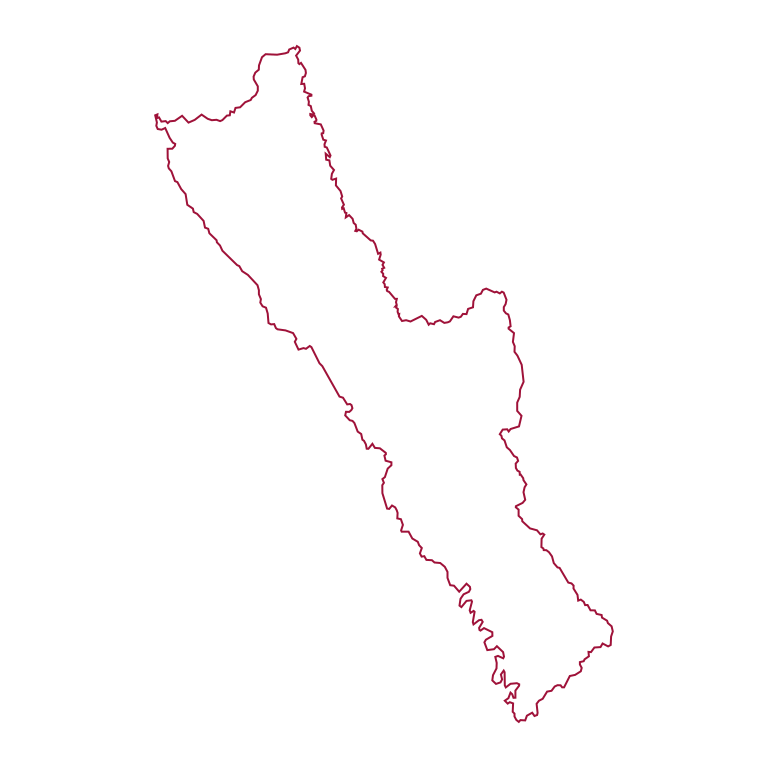 Tha Song Yang, Tak, Thailand
{"feature_id": "78962969B58793256407954", "entity_name": "Tha Song Yang", "entity_type": "district", "adm_level": 2, "iso_a3": "THA", "parent_name": "Thailand", "parent_adm1": "Tak", "projection": "equal_earth", "projection_center": [98.144, 17.467], "detail": "fine", "context": "isolated", "style": "outline", "palette": "rose", "viewbox_px": 768, "rotation_deg": 0, "n_neighbors": 0, "source": "geoboundaries", "source_scale": "gbopen_adm2", "svg_char_len": 6090}
<svg xmlns="http://www.w3.org/2000/svg" viewBox="0 0 768 768"><path d="M568.3,582.6L559.6,567.9L557.5,567.4L553.8,563.1L552.0,556.4L549.0,552.2L546.4,550.2L543.7,550.1L543.4,548.5L541.4,547.1L541.6,538.7L544.3,534.6L542.7,533.5L540.4,534.3L537.0,530.3L530.0,528.4L522.3,521.3L522.1,519.1L518.6,515.8L518.6,509.6L515.8,507.3L515.9,506.2L522.6,502.9L525.2,499.8L523.5,492.2L524.6,487.3L526.4,484.4L523.5,480.2L523.2,478.2L520.6,474.5L519.8,474.7L519.6,471.8L517.4,470.6L515.9,468.0L515.7,463.6L518.1,460.9L517.0,457.5L514.0,456.0L509.9,450.0L506.8,447.3L504.5,440.4L502.0,438.4L501.4,435.7L499.8,434.2L502.7,429.6L507.2,429.3L508.7,431.5L510.6,429.0L519.0,426.4L521.5,415.8L517.2,410.9L517.2,402.6L519.7,396.9L520.1,389.7L523.6,381.8L521.7,364.8L517.4,355.6L514.5,351.8L514.7,346.2L512.9,341.9L514.0,333.1L508.6,328.7L508.6,327.5L510.6,326.3L509.9,320.2L508.3,314.5L505.9,313.3L503.8,310.6L503.8,307.1L505.6,304.1L506.5,299.8L503.7,292.6L501.9,291.7L499.8,293.4L496.5,291.7L494.7,292.4L486.2,288.6L482.9,289.9L480.9,293.7L476.3,295.3L473.4,301.2L473.0,307.3L468.1,308.9L466.5,314.1L462.9,313.9L460.8,316.8L458.6,317.6L453.4,316.3L449.9,321.4L447.8,322.3L444.3,322.9L440.0,320.2L435.1,322.0L434.0,324.2L430.2,323.3L428.7,324.7L426.2,319.8L421.8,315.9L410.5,321.5L406.1,320.2L402.0,321.0L398.9,316.4L399.2,314.0L398.5,314.2L397.6,311.8L397.9,309.0L396.2,307.7L396.5,306.4L395.3,306.5L396.7,304.8L396.0,302.2L396.8,298.9L395.0,298.9L389.1,291.9L387.2,291.1L386.7,289.9L387.7,287.5L384.9,287.0L384.7,284.2L383.3,282.4L386.0,277.9L383.1,276.1L383.2,273.7L381.4,271.8L382.6,270.3L382.1,268.8L384.2,267.8L382.5,264.9L383.9,262.4L379.1,259.6L380.7,254.6L380.4,252.6L378.1,253.8L375.1,244.0L373.0,240.7L370.7,240.4L362.8,233.4L362.4,231.6L358.6,229.7L356.8,231.3L355.3,230.9L356.4,228.8L355.7,224.7L353.7,223.0L352.6,218.8L349.1,215.1L345.8,217.4L346.4,213.0L345.0,212.6L343.7,208.3L342.2,208.9L342.0,207.5L343.9,204.7L341.1,198.4L342.2,196.5L340.5,191.0L335.9,185.4L336.1,178.6L332.4,179.8L331.2,178.9L331.9,173.8L334.0,170.0L330.2,165.7L329.4,160.4L326.2,159.7L325.7,153.7L329.8,157.1L330.5,155.5L326.8,147.5L324.7,146.8L324.5,144.2L326.0,140.5L323.3,139.7L321.6,134.5L321.7,133.4L323.2,133.2L323.6,130.6L320.8,124.4L314.7,123.2L314.5,121.8L316.3,120.8L316.4,119.6L314.5,115.3L313.7,115.0L311.8,117.1L310.3,115.3L310.3,114.0L312.8,114.5L314.0,113.4L311.8,110.8L310.8,106.1L308.5,104.9L308.9,101.8L307.6,97.5L308.6,96.2L311.4,95.7L311.4,94.7L304.1,91.6L305.0,88.3L304.2,83.8L301.3,84.0L302.6,77.2L304.9,76.3L305.9,73.0L305.5,69.9L301.0,62.9L299.4,64.1L298.4,63.2L298.2,59.6L296.1,55.6L300.0,50.6L299.4,47.7L296.9,46.1L295.3,49.0L293.6,47.6L289.2,49.5L288.1,52.3L285.3,53.3L277.1,54.7L265.6,54.2L262.0,57.2L259.0,65.4L258.8,69.7L255.3,72.6L253.6,76.6L253.8,79.5L257.8,86.3L257.8,90.7L255.6,95.1L251.9,97.8L250.7,100.0L245.2,102.2L240.1,107.3L235.5,107.9L234.0,112.5L230.4,111.3L229.8,115.3L226.9,115.6L222.4,120.1L220.1,121.1L216.5,119.8L211.8,120.2L207.7,118.8L201.6,114.6L194.7,119.9L188.5,122.6L182.1,115.8L174.9,120.8L169.8,121.3L167.7,123.1L165.7,121.1L161.4,121.6L159.0,117.4L157.0,118.1L157.4,114.4L155.2,115.3L156.9,122.5L156.3,125.8L157.7,129.0L161.6,129.7L165.2,128.0L169.6,137.8L172.8,142.6L175.2,143.9L174.9,145.8L172.3,148.7L167.6,148.8L167.7,158.4L169.2,162.0L168.1,165.9L168.8,168.4L171.4,171.3L175.0,181.1L177.4,182.1L181.2,189.1L185.6,194.1L187.3,204.8L192.9,208.6L193.7,212.1L197.2,213.9L203.6,220.9L205.0,227.6L208.2,228.8L209.4,233.3L216.6,240.3L216.9,242.3L220.0,245.5L222.4,250.7L237.1,265.1L239.3,266.1L242.2,271.2L247.9,274.9L257.5,285.2L258.9,290.2L258.9,294.3L260.9,299.1L260.3,302.6L262.6,306.3L266.0,307.7L267.7,313.5L268.5,323.0L271.0,324.4L274.2,324.1L275.9,328.1L277.5,329.3L285.5,330.4L293.1,333.1L296.4,338.9L294.8,341.8L298.5,349.6L303.5,348.1L306.0,348.8L309.7,346.0L311.4,347.1L319.5,363.3L322.3,366.1L339.5,396.6L343.0,397.7L347.2,404.4L350.0,404.0L351.5,405.1L352.4,408.2L351.3,410.1L349.3,411.9L346.0,411.8L345.2,415.4L349.7,420.2L352.5,420.9L354.4,423.0L357.7,431.6L361.2,434.0L362.4,439.7L364.0,440.8L365.9,444.4L366.7,448.7L368.4,448.8L372.4,443.8L374.9,447.9L379.9,448.3L385.8,452.9L385.9,454.2L384.4,455.6L385.6,460.7L391.4,462.3L391.4,465.2L387.7,468.6L384.9,477.1L382.4,479.1L383.9,482.8L382.3,485.2L382.4,493.2L387.1,508.6L389.2,508.9L392.0,505.5L395.2,507.4L396.7,510.2L397.6,512.9L397.3,518.4L400.9,519.2L402.9,524.9L401.1,530.4L401.7,531.7L408.6,531.7L412.3,538.5L417.8,541.8L419.1,545.2L421.8,548.0L419.9,553.4L421.6,556.6L424.3,556.2L426.4,559.9L431.9,560.2L434.5,562.5L440.2,563.0L444.8,566.8L447.5,571.9L447.5,577.9L450.2,585.2L454.0,585.7L459.2,591.7L466.5,583.7L469.9,586.8L470.3,589.1L468.9,591.8L463.6,594.3L460.5,598.8L459.5,605.6L461.4,607.1L466.5,600.9L471.4,600.3L472.0,601.6L469.7,610.3L470.6,612.8L473.6,610.9L474.6,611.8L472.8,622.1L473.5,624.4L479.0,620.2L481.5,619.8L482.7,621.9L479.1,627.9L479.5,630.0L480.5,630.6L484.0,628.1L492.3,632.2L492.4,635.9L485.9,639.7L484.4,642.3L487.3,650.1L494.0,649.2L496.9,646.2L503.1,652.1L504.0,656.7L503.2,658.3L498.0,655.9L495.3,656.9L496.7,662.9L496.5,668.4L493.0,675.2L492.3,680.4L496.0,683.9L500.5,682.4L502.1,679.4L500.9,674.5L503.7,670.6L504.6,672.2L504.8,685.4L505.8,687.4L510.5,683.8L516.9,683.2L519.2,684.3L519.1,685.7L515.4,690.6L515.4,697.7L513.5,697.8L512.2,694.2L510.5,692.6L508.4,698.2L504.8,700.7L507.7,703.6L509.8,702.2L513.1,703.4L512.7,711.8L514.5,713.6L514.5,716.5L516.3,719.9L518.8,721.9L520.4,720.1L525.2,720.4L526.9,715.7L532.2,712.7L534.5,716.0L537.1,715.0L537.6,712.9L536.6,703.8L539.0,700.7L542.7,698.8L547.1,691.6L551.5,690.8L554.7,686.5L557.5,685.2L560.6,685.3L562.1,687.3L564.1,687.3L569.8,676.0L575.1,674.9L580.8,671.3L581.7,667.9L579.9,664.5L579.9,662.1L583.7,661.2L584.6,659.3L588.9,656.3L588.5,651.9L591.0,652.1L594.4,647.5L600.5,647.1L602.6,643.5L608.1,646.4L610.7,645.0L611.1,636.5L612.8,631.4L611.6,626.3L607.9,623.1L607.1,620.7L602.0,617.6L601.6,615.0L596.6,613.9L594.9,610.4L590.5,610.3L587.6,605.0L585.1,605.1L583.8,601.9L580.8,599.6L578.2,600.6L577.5,594.9L573.5,588.5L573.6,585.6L571.5,583.4L568.3,582.6Z" fill="none" stroke="#9f1239" stroke-width="2"/></svg>